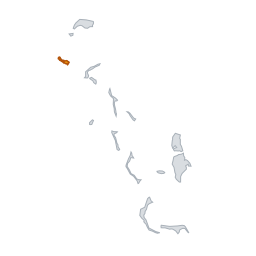 Mayaguana on a map of The Bahamas (Robinson projection), rotated 194°
{"feature_id": "BHS-5037", "entity_name": "Mayaguana", "entity_type": "District", "adm_level": 1, "iso_a3": "BHS", "parent_name": "The Bahamas", "parent_adm1": "", "projection": "robinson", "projection_center": [-72.982, 22.374], "detail": "fine", "context": "in_parent", "style": "filled", "palette": "amber", "viewbox_px": 256, "rotation_deg": 194, "n_neighbors": 0, "source": "natural_earth", "source_scale": "10m", "svg_char_len": 3998}
<svg xmlns="http://www.w3.org/2000/svg" viewBox="0 0 256 256"><g transform="rotate(194 128 128)"><path d="M76.4,103.7L76.4,107.5L76.6,110.4L76.3,111.4L73.4,113.3L72.6,114.4L69.8,115.5L68.1,117.0L67.3,114.5L65.7,113.0L65.4,110.4L64.2,111.3L62.4,110.8L59.5,108.8L57.6,106.2L60.2,105.7L60.8,107.4L62.9,105.4L62.4,104.3L62.0,104.2L61.4,102.2L64.5,97.0L65.2,93.7L63.9,88.3L65.2,88.0L68.7,89.9L70.3,91.7L70.3,94.3L71.7,96.2L73.8,100.9L76.4,103.7ZM78.7,118.2L78.7,118.9L76.0,120.9L78.0,122.3L79.8,119.2L81.3,121.7L82.0,126.5L81.9,127.3L82.0,128.0L82.3,128.9L82.4,130.2L80.8,134.3L75.5,133.9L75.4,130.4L74.5,129.7L73.3,124.8L71.7,123.2L69.3,119.1L70.7,118.0L72.5,118.4L73.5,117.9L76.0,117.5L77.5,117.0L78.7,118.2ZM204.9,214.9L204.0,217.3L201.1,221.7L194.6,222.8L187.5,223.0L186.9,221.8L186.8,220.7L187.3,219.1L187.2,218.4L186.9,217.8L189.6,217.0L191.3,215.0L194.0,214.6L197.3,216.1L199.1,216.1L201.8,214.5L204.0,211.1L205.3,211.5L204.9,214.9ZM90.9,65.8L90.3,66.1L88.0,62.9L86.1,62.0L89.1,59.7L90.4,57.8L90.4,53.6L91.2,51.3L90.9,49.3L91.6,47.3L90.7,45.0L88.3,43.2L83.5,36.0L75.8,34.2L71.8,34.1L74.0,33.0L76.0,33.1L79.1,33.8L82.9,34.1L85.1,36.3L87.3,39.1L89.2,40.2L90.0,40.9L89.9,41.8L90.3,42.5L92.8,43.8L95.4,46.0L96.1,52.2L92.6,55.1L91.9,64.2L90.9,65.8ZM56.8,39.7L60.1,40.7L61.9,40.5L62.9,39.9L67.8,40.1L71.7,39.2L72.3,40.9L72.2,41.7L63.8,42.6L56.1,45.0L51.9,46.7L49.9,46.9L48.4,46.0L43.5,40.9L44.8,41.4L48.5,44.3L50.8,43.8L53.0,41.9L53.3,40.4L53.0,39.8L54.0,37.5L56.8,39.7ZM106.4,79.0L110.9,82.5L114.7,83.9L118.8,88.4L120.6,90.0L120.9,91.4L120.1,98.0L119.2,102.0L119.3,105.5L118.3,104.5L117.4,102.2L115.8,100.9L115.2,100.2L118.1,100.0L118.4,96.4L119.8,93.6L119.6,90.6L116.3,87.4L114.0,84.5L110.5,83.6L107.2,80.7L105.2,80.4L102.8,80.9L103.7,79.2L104.3,76.9L104.8,76.5L106.4,79.0ZM155.3,161.1L155.1,161.9L151.7,155.5L147.4,154.0L144.9,152.5L145.4,151.6L147.1,151.2L147.4,149.2L146.7,147.1L144.4,142.7L143.2,139.7L142.6,139.0L142.4,136.6L145.1,140.4L146.2,143.8L148.0,147.2L149.2,153.0L152.7,154.9L155.2,157.7L155.3,161.1ZM172.6,182.6L170.7,183.6L171.1,181.9L174.8,179.1L176.8,176.7L178.0,175.8L178.4,175.2L180.0,174.3L180.8,172.7L180.6,171.4L178.9,169.3L178.9,167.8L179.5,166.7L182.4,166.2L181.6,167.8L182.7,172.3L178.9,177.9L175.7,179.7L172.6,182.6ZM142.7,119.7L142.9,121.3L141.0,121.0L138.3,121.6L137.4,121.7L138.0,120.6L139.9,119.1L140.0,117.6L137.7,115.6L135.0,110.5L133.7,109.3L133.1,107.4L130.9,105.3L131.4,104.2L131.8,104.0L133.4,104.5L136.8,111.8L137.0,112.5L142.7,119.7ZM204.5,175.8L206.2,176.2L207.1,176.2L210.2,177.2L212.1,178.5L212.5,179.0L211.5,180.2L208.6,178.0L206.1,177.7L202.6,177.7L201.2,177.3L202.1,175.0L204.5,175.8ZM176.7,166.5L177.3,167.0L175.6,168.3L171.6,166.7L170.8,166.8L170.0,165.2L169.7,163.9L169.9,162.8L172.2,163.7L173.5,165.3L176.7,166.5ZM87.3,94.0L84.2,94.6L82.0,94.0L81.5,93.5L82.4,92.6L84.5,91.8L87.8,91.8L89.3,92.6L89.4,93.0L87.3,94.0ZM132.9,143.5L131.7,143.7L129.7,142.8L124.9,139.0L122.7,138.6L123.5,136.5L125.2,137.2L129.0,140.5L130.4,142.2L132.9,143.5ZM166.6,123.9L164.5,127.3L163.3,127.0L164.0,122.7L165.5,122.1L166.1,122.1L166.6,123.9ZM207.9,205.0L204.2,206.5L203.9,204.7L205.7,203.3L207.9,205.0Z" fill="#d9dde1" stroke="#a8b0b8" stroke-width="1"/><path d="M201.8,177.9L201.3,177.7L201.1,177.5L201.1,177.2L201.6,176.8L201.5,176.6L201.4,176.4L201.6,176.1L201.7,175.7L201.7,175.4L201.7,175.1L202.0,174.8L202.5,175.5L203.1,175.7L203.3,175.5L203.5,175.4L203.9,175.3L204.3,175.4L204.5,175.5L205.2,175.7L206.6,176.8L207.2,176.8L207.1,176.6L206.9,176.1L207.8,176.6L208.2,176.7L208.5,176.6L209.0,176.9L209.4,177.1L209.9,177.2L210.5,177.2L210.7,177.3L210.9,177.5L211.3,178.0L211.5,178.2L212.1,178.2L212.3,178.3L212.5,178.9L212.4,179.5L212.1,180.0L211.6,180.2L211.1,180.1L209.9,178.7L209.3,178.3L208.9,178.0L208.4,177.9L207.7,177.9L207.4,177.9L207.0,178.1L206.8,178.1L206.4,178.0L206.3,177.9L206.1,177.7L205.9,177.7L205.3,177.8L204.2,178.4L203.6,178.5L203.3,178.5L203.1,178.3L203.0,178.2L202.8,178.1L201.8,177.9Z" fill="#f59e0b" stroke="#b45309" stroke-width="1.5"/></g></svg>